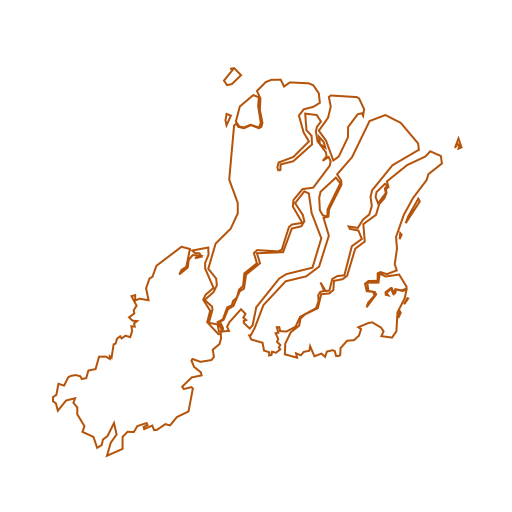 outline of Labutta, Ayeyarwady, Myanmar, rotated 176°
{"feature_id": "60261553B3473904040713", "entity_name": "Labutta", "entity_type": "district", "adm_level": 2, "iso_a3": "MMR", "parent_name": "Myanmar", "parent_adm1": "Ayeyarwady", "projection": "albers", "projection_center": [95.041, 16.149], "detail": "fine", "context": "isolated", "style": "outline", "palette": "amber", "viewbox_px": 512, "rotation_deg": 176, "n_neighbors": 0, "source": "geoboundaries", "source_scale": "gbopen_adm2", "svg_char_len": 6137}
<svg xmlns="http://www.w3.org/2000/svg" viewBox="0 0 512 512"><g transform="rotate(176 256 256)"><path d="M363.7,241.1L367.9,231.5L366.3,219.4L375.1,221.5L379.6,220.1L379.3,225.4L383.0,224.6L378.6,214.8L381.8,210.4L381.4,207.1L386.9,203.7L383.7,200.1L379.2,199.4L382.3,197.3L381.9,194.0L385.2,194.6L384.8,189.7L387.2,183.8L391.7,185.6L395.8,183.2L397.1,185.4L400.4,183.2L402.2,178.4L404.2,177.8L407.2,164.6L408.8,166.2L409.0,163.5L412.7,166.1L419.6,166.5L423.9,154.4L431.2,153.4L433.9,146.0L438.4,145.5L439.6,148.3L444.2,149.8L449.0,149.3L451.8,148.1L456.5,140.1L462.0,142.3L464.8,131.5L468.4,129.3L468.6,125.3L465.8,122.8L464.5,115.5L455.5,125.1L446.4,126.7L448.4,122.3L444.8,117.3L445.4,110.7L439.0,98.2L441.4,92.7L430.8,86.9L427.8,75.7L423.1,78.2L421.5,83.6L416.7,86.7L409.3,99.3L407.5,87.7L413.9,79.9L418.6,67.1L402.6,72.9L401.7,84.9L396.4,89.6L390.2,88.9L386.2,94.6L376.8,97.0L376.0,95.0L380.0,93.2L379.6,91.1L371.3,94.1L369.8,89.4L366.9,89.5L358.2,94.6L353.6,93.0L346.1,100.9L334.2,105.6L328.2,128.3L329.6,129.7L337.3,128.3L338.8,130.8L328.5,139.4L318.6,140.7L319.0,143.7L325.5,149.7L327.7,156.2L326.6,157.7L318.8,154.3L307.7,155.3L305.0,158.3L305.7,165.5L298.5,170.8L296.5,176.7L296.6,180.8L298.9,180.6L309.3,193.4L305.5,204.6L311.7,216.0L309.0,220.9L300.6,227.1L307.6,247.1L307.2,252.7L303.3,260.5L303.0,267.8L319.2,265.9L316.7,263.2L312.3,262.6L310.2,259.2L317.0,258.0L311.6,260.1L319.1,261.3L323.3,257.1L324.9,249.3L333.8,243.0L331.3,247.3L326.3,250.0L321.4,267.6L329.7,270.4L356.0,253.2L360.8,242.4L363.7,241.1ZM295.4,271.2L304.5,246.6L297.3,236.2L297.1,229.5L300.9,222.9L310.2,215.8L303.5,208.7L303.1,205.7L307.7,192.6L299.1,190.4L298.2,183.2L296.0,182.7L295.6,185.9L298.9,192.7L293.5,195.1L288.3,206.7L283.6,208.5L282.0,212.8L278.0,215.8L275.2,223.6L271.0,227.0L268.8,239.5L255.6,248.7L257.9,259.0L254.4,261.8L233.9,259.1L229.9,260.4L221.1,282.6L217.9,284.9L207.4,285.8L215.8,302.8L214.7,309.3L204.9,319.5L194.1,320.2L176.1,341.0L174.9,345.5L176.7,349.7L182.8,346.3L178.6,350.6L179.1,354.7L186.6,366.2L187.6,375.8L186.3,380.5L181.8,385.6L185.6,392.4L197.0,394.6L196.9,378.0L192.2,372.1L192.3,363.4L212.2,347.9L225.0,345.7L225.7,340.0L227.8,340.0L228.5,342.8L226.9,347.7L211.8,352.2L195.2,366.6L199.9,376.0L203.4,393.1L198.1,399.0L188.4,400.8L181.6,404.4L182.0,413.9L187.0,422.4L191.4,424.6L210.1,426.8L216.2,423.1L219.0,430.1L228.3,430.7L234.2,428.8L243.5,420.6L240.6,412.8L242.0,401.5L240.3,388.4L241.7,384.4L244.2,383.3L251.9,386.9L259.1,384.3L264.7,386.1L266.3,389.7L268.8,387.5L277.4,334.0L270.5,310.3L271.2,299.8L279.3,285.1L295.4,271.2ZM226.6,177.5L232.9,166.6L234.1,155.9L222.1,151.7L222.8,156.1L218.2,153.8L215.1,157.0L209.4,157.8L208.3,162.2L204.7,151.9L197.5,154.1L194.2,150.6L191.9,155.7L186.1,156.7L184.1,155.7L183.1,150.7L180.7,150.5L178.9,151.3L178.1,158.2L171.0,165.1L164.1,165.2L158.8,169.4L156.3,175.7L158.9,177.8L148.2,181.4L144.7,181.7L136.3,175.9L134.0,171.9L136.5,167.3L126.0,165.1L121.2,171.1L118.8,189.9L110.7,203.3L108.2,211.9L112.3,210.9L118.6,212.9L119.7,209.3L121.6,208.4L123.6,214.1L126.4,211.4L128.8,210.5L126.8,207.5L129.3,208.3L129.3,210.8L123.7,214.6L122.8,214.5L121.0,209.3L119.3,213.2L113.2,211.6L108.5,212.8L107.9,214.8L114.5,227.5L128.1,226.5L133.8,229.8L135.7,220.9L146.9,221.6L146.3,213.4L139.9,211.7L138.8,209.3L149.3,197.1L147.4,201.6L140.4,208.4L141.8,212.1L148.0,213.2L149.2,220.7L145.6,223.2L136.4,222.8L135.8,230.2L133.1,231.3L126.7,228.8L116.6,231.8L118.2,238.1L114.8,253.6L115.0,265.2L105.6,286.9L95.3,302.9L80.6,319.7L78.3,325.6L64.1,335.3L64.6,342.8L74.9,348.3L80.0,343.5L99.0,336.1L120.2,321.3L119.0,315.5L121.7,313.8L121.4,309.7L123.9,304.7L129.5,299.1L133.4,288.7L146.7,280.3L146.5,262.8L156.5,256.4L166.5,229.9L171.3,226.8L179.9,225.8L181.3,216.5L185.4,213.6L193.6,213.3L198.0,199.6L211.3,194.3L216.0,190.4L217.8,183.5L226.6,177.5ZM268.3,177.3L266.5,173.0L255.5,169.0L254.6,161.1L249.4,159.0L249.9,155.9L247.5,156.2L246.6,159.4L242.8,158.1L238.3,161.2L239.6,163.1L237.9,165.6L241.0,168.8L239.6,171.5L241.8,177.6L239.1,177.9L240.2,183.5L237.7,183.4L237.2,179.4L231.0,178.5L221.5,182.7L216.3,192.2L199.7,199.8L196.7,206.8L196.7,212.5L194.4,215.7L190.4,216.4L193.5,225.1L189.0,216.2L185.2,216.4L181.5,227.8L176.3,230.3L169.2,230.6L159.7,259.1L149.2,265.6L152.1,274.3L160.4,276.4L161.5,279.0L152.5,276.9L146.7,284.9L140.2,289.4L137.0,297.7L137.6,307.0L135.6,313.4L113.6,337.0L86.1,350.6L86.4,356.9L102.3,378.7L117.1,387.6L133.3,382.7L153.3,347.9L169.4,331.8L165.8,325.4L165.7,321.3L179.9,297.3L181.0,290.2L186.0,289.4L181.9,271.2L193.8,241.0L207.4,232.2L228.2,228.7L252.0,206.5L262.4,184.1L266.8,177.2L268.3,177.3ZM294.7,183.1L288.2,183.1L289.8,187.4L287.0,192.0L274.7,203.9L270.5,199.0L273.0,195.3L270.3,192.8L272.8,192.0L272.8,190.0L267.3,184.1L264.2,187.1L259.3,204.9L234.4,231.9L227.0,235.8L200.5,240.4L189.6,269.1L197.5,294.9L198.9,314.7L203.3,317.1L213.3,306.0L206.5,293.8L205.3,287.3L208.7,282.5L218.4,280.9L228.7,257.9L254.9,258.7L252.5,248.5L267.2,238.2L270.2,224.4L274.7,221.9L282.0,207.8L287.7,204.8L292.7,194.7L296.5,192.7L293.9,186.3L294.7,183.1ZM174.5,388.8L184.6,376.6L178.1,366.2L172.2,345.9L166.5,349.5L156.0,368.0L155.1,378.2L144.7,390.3L140.4,391.0L139.4,388.4L137.9,394.9L142.2,406.0L144.4,407.5L170.2,410.9L172.2,409.5L171.0,399.8L174.5,388.8ZM252.3,387.3L244.0,384.0L241.9,388.5L243.4,405.2L242.1,414.1L247.5,416.7L261.7,406.3L266.7,391.6L263.6,386.3L259.1,385.1L252.3,387.3ZM170.9,328.6L187.1,315.6L188.9,309.6L189.1,297.3L186.6,292.0L182.1,290.3L181.3,297.6L166.8,322.7L170.9,328.6ZM265.4,444.3L275.7,433.2L273.0,428.5L268.2,429.1L258.3,437.4L264.6,444.9L268.8,444.6L265.4,444.3ZM122.3,319.0L131.3,311.4L132.6,306.5L130.5,300.0L122.1,309.8L122.8,314.4L120.0,316.9L122.3,319.0ZM90.1,301.8L101.2,285.2L104.4,278.3L88.8,299.0L90.1,301.8ZM275.4,399.8L277.0,393.6L276.3,388.4L271.3,397.8L275.4,399.8ZM184.8,370.5L184.5,363.3L179.3,359.3L180.5,364.9L184.8,370.5ZM46.5,349.0L43.4,350.0L45.8,359.1L50.0,350.0L47.0,353.8L45.4,352.0L46.5,349.0ZM116.6,191.3L118.0,188.3L118.4,184.3L115.6,189.2L116.6,191.3ZM111.5,262.8L109.3,267.0L110.5,268.7L111.5,262.8ZM107.9,203.4L111.6,197.5L107.2,203.0L107.9,203.4Z" fill="none" stroke="#b45309" stroke-width="2"/></g></svg>